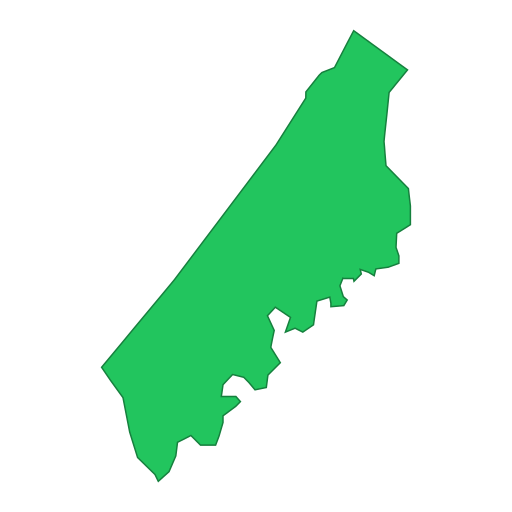 Kparblee, Nimba, Liberia
{"feature_id": "62588387B31416079447902", "entity_name": "Kparblee", "entity_type": "district", "adm_level": 2, "iso_a3": "LBR", "parent_name": "Liberia", "parent_adm1": "Nimba", "projection": "orthographic", "projection_center": [-8.524, 6.647], "detail": "fine", "context": "isolated", "style": "filled", "palette": "green", "viewbox_px": 512, "rotation_deg": 0, "n_neighbors": 0, "source": "geoboundaries", "source_scale": "gbopen_adm2", "svg_char_len": 1389}
<svg xmlns="http://www.w3.org/2000/svg" viewBox="0 0 512 512"><path d="M160.1,479.7L163.3,476.8L169.0,471.7L175.8,455.9L177.5,442.3L190.9,435.5L200.5,445.1L215.6,445.1L219.0,436.1L223.0,422.5L223.0,415.8L235.9,406.2L240.4,401.6L235.9,396.5L221.3,396.5L221.8,393.2L223.0,384.7L228.5,378.8L231.4,375.8L232.6,374.5L235.8,375.3L243.8,377.3L248.8,382.4L255.0,389.8L266.3,387.5L267.9,375.1L271.3,371.7L280.3,362.7L270.8,347.4L271.2,345.1L272.8,337.0L274.2,330.4L267.4,315.7L268.5,314.6L275.3,307.2L290.5,317.4L285.4,332.1L295.0,328.2L302.8,332.1L313.5,324.8L313.9,321.8L316.9,301.1L329.8,297.1L330.9,303.3L330.9,306.7L343.8,305.6L347.2,300.0L343.3,296.6L339.9,285.8L342.9,278.2L343.4,278.5L353.4,278.5L354.0,281.3L361.3,274.0L360.2,269.4L368.6,272.3L374.2,275.7L375.4,270.7L375.9,268.9L388.2,267.2L398.9,263.3L398.9,255.9L396.0,247.4L396.7,233.3L410.4,224.7L410.4,218.5L410.4,206.0L409.1,195.1L408.4,188.6L386.0,165.7L385.0,153.9L384.5,147.0L384.0,141.5L384.8,133.4L386.9,114.0L389.1,92.4L393.8,86.7L394.4,85.9L407.5,69.9L402.7,66.4L402.1,66.0L371.4,43.6L353.7,30.7L347.3,42.9L334.5,67.6L322.0,72.5L320.9,73.5L319.1,75.3L305.9,91.9L305.8,98.1L286.8,128.0L276.0,145.0L226.7,210.4L174.2,280.0L163.5,292.9L134.5,327.7L122.1,342.7L101.6,367.3L110.7,380.6L123.0,397.6L129.7,432.1L137.6,457.5L155.0,474.5L157.9,480.5L158.3,481.3L160.1,479.7Z" fill="#22c55e" stroke="#15803d" stroke-width="1.5"/></svg>